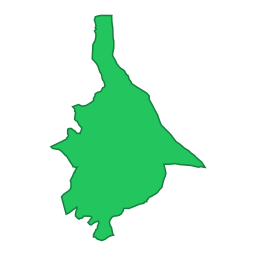 outline of Al Usayrat, Suhaj, Egypt
{"feature_id": "37247803B53334820254906", "entity_name": "Al Usayrat", "entity_type": "district", "adm_level": 2, "iso_a3": "EGY", "parent_name": "Egypt", "parent_adm1": "Suhaj", "projection": "robinson", "projection_center": [31.804, 26.401], "detail": "fine", "context": "isolated", "style": "filled", "palette": "green", "viewbox_px": 256, "rotation_deg": 0, "n_neighbors": 0, "source": "geoboundaries", "source_scale": "gbopen_adm2", "svg_char_len": 3515}
<svg xmlns="http://www.w3.org/2000/svg" viewBox="0 0 256 256"><path d="M61.4,197.0L61.8,197.7L63.2,203.2L66.2,214.3L68.9,212.9L75.0,208.4L76.8,207.0L77.1,208.2L76.3,210.5L75.5,213.6L75.5,215.9L76.9,217.5L77.7,218.3L78.4,218.3L79.1,219.1L79.9,218.4L81.4,218.4L82.8,217.6L83.6,216.1L84.4,216.1L88.8,216.2L90.3,216.2L91.7,217.1L91.7,217.8L91.0,218.6L90.2,219.4L89.4,220.9L87.9,222.4L88.6,223.2L90.1,224.8L91.6,224.8L92.3,224.1L93.1,223.3L94.6,222.6L95.3,221.8L96.8,221.8L98.3,221.1L99.0,222.7L97.4,226.5L97.4,228.9L95.9,229.6L95.1,231.9L94.4,232.7L94.3,233.5L93.6,234.2L93.5,235.8L93.5,237.0L94.5,236.9L95.7,237.4L97.2,239.0L99.4,239.8L100.1,239.8L101.6,240.6L105.3,239.2L106.1,238.4L108.3,236.9L109.8,236.1L112.0,235.4L113.6,235.2L112.8,233.9L112.1,230.7L111.5,227.6L110.0,225.2L109.4,222.1L110.2,219.8L112.4,216.7L114.7,216.0L116.2,216.0L119.1,215.3L121.4,213.8L122.2,212.2L122.9,211.5L123.7,208.4L124.5,208.4L126.7,208.4L128.9,208.5L132.6,207.0L136.3,205.5L140.1,204.0L143.8,203.3L144.6,201.8L146.0,201.8L146.8,201.6L146.8,200.3L147.6,199.5L148.3,198.7L149.1,197.2L151.3,196.5L153.6,195.0L155.1,194.2L157.3,192.7L159.6,189.6L161.9,187.3L162.7,183.5L164.3,178.0L165.1,176.5L165.9,173.4L165.2,169.5L164.5,167.1L163.8,164.2L164.7,164.2L169.2,164.3L175.1,163.6L179.5,164.5L191.4,165.5L195.0,166.4L198.7,167.2L201.0,166.5L203.4,167.2L205.1,167.4L203.5,165.0L201.8,162.3L199.7,160.4L196.6,157.8L194.1,155.2L190.9,152.9L188.8,150.8L184.3,148.1L181.9,145.9L179.5,143.9L176.0,141.6L174.2,139.1L173.1,137.8L170.9,134.8L168.6,132.3L166.4,130.2L163.4,127.1L161.5,125.4L160.2,122.6L157.5,114.9L157.2,114.2L153.8,108.1L152.0,104.4L150.8,102.3L149.2,99.4L149.2,97.9L149.2,96.0L147.6,94.1L147.0,93.5L146.3,92.9L144.0,91.4L139.9,88.9L137.1,87.2L131.3,83.3L131.3,82.2L130.7,81.4L130.0,80.3L129.3,79.6L129.2,79.5L129.1,79.3L128.5,76.9L128.1,75.8L127.2,75.0L126.3,74.4L125.8,73.3L124.7,71.3L123.3,69.8L121.8,69.0L119.3,67.0L116.8,63.7L114.7,59.1L113.3,57.2L112.5,54.9L113.0,51.8L113.7,48.4L113.8,43.9L113.8,41.0L113.1,38.3L112.8,30.4L112.7,27.6L111.9,22.0L111.7,16.7L111.8,15.5L107.9,15.5L103.5,15.4L101.2,15.4L97.5,16.1L95.3,16.8L94.9,18.2L94.4,20.4L94.6,20.8L95.2,22.2L95.7,24.6L96.0,26.0L95.2,27.9L96.3,29.1L95.9,29.4L95.2,30.2L94.5,30.9L94.9,31.7L95.9,33.6L95.9,34.7L95.9,35.5L95.9,37.1L95.0,40.8L94.5,41.6L92.9,44.6L92.9,45.6L92.8,47.2L92.4,54.9L92.2,58.8L95.8,62.8L96.5,63.6L97.9,66.0L100.0,72.2L100.7,73.0L101.5,74.6L102.1,77.7L102.1,78.5L102.8,80.1L103.5,80.9L104.2,82.5L104.9,85.6L104.9,86.4L104.1,87.1L102.6,87.9L101.9,89.4L101.1,91.0L100.3,91.7L97.4,92.4L95.1,94.0L95.1,95.5L93.5,98.6L93.5,99.4L93.5,100.9L92.0,101.7L91.2,102.5L86.0,105.5L82.3,106.2L80.1,105.3L78.6,104.5L72.6,106.7L74.1,108.3L74.8,109.1L74.8,109.9L74.8,111.5L75.5,112.3L75.5,113.0L74.6,118.5L74.6,119.3L75.3,120.1L76.1,120.8L76.8,120.9L78.2,123.2L78.9,124.8L79.6,125.6L81.1,127.2L81.8,128.0L81.0,131.1L80.2,132.6L80.2,133.4L77.3,133.3L76.5,133.3L75.1,131.0L74.4,130.9L71.4,128.5L70.7,128.5L69.2,128.5L67.7,129.3L67.6,133.9L68.4,134.7L68.3,135.5L68.3,136.3L66.8,137.8L66.8,138.6L66.0,139.3L63.0,140.8L61.6,141.6L50.9,146.7L51.8,147.6L52.5,148.4L57.7,149.3L58.4,149.3L59.9,150.1L62.1,151.7L62.8,152.5L64.2,154.1L65.7,155.7L66.4,155.7L69.3,160.5L72.9,166.0L73.0,166.8L73.6,166.8L74.3,166.8L75.8,167.6L77.1,167.3L75.7,169.9L75.0,170.7L74.9,172.3L74.2,172.3L72.6,176.1L70.3,180.7L71.0,183.1L71.0,185.4L71.0,186.2L70.9,187.8L70.1,189.3L69.4,190.1L68.6,190.8L66.4,192.4L64.1,193.9L62.6,195.4L61.4,197.0Z" fill="#22c55e" stroke="#15803d" stroke-width="1.5"/></svg>